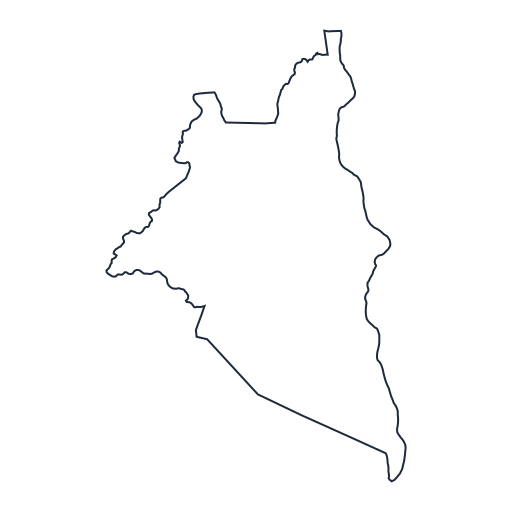 outline of Muquém do São Francisco, Bahia, Brazil
{"feature_id": "56859067B68849060485807", "entity_name": "Muquém do São Francisco", "entity_type": "district", "adm_level": 2, "iso_a3": "BRA", "parent_name": "Brazil", "parent_adm1": "Bahia", "projection": "natural_earth1", "projection_center": [-43.521, -12.213], "detail": "fine", "context": "isolated", "style": "outline", "palette": "slate", "viewbox_px": 512, "rotation_deg": 0, "n_neighbors": 0, "source": "geoboundaries", "source_scale": "gbopen_adm2", "svg_char_len": 6028}
<svg xmlns="http://www.w3.org/2000/svg" viewBox="0 0 512 512"><path d="M214.4,92.4L206.2,92.9L199.9,93.5L196.4,94.0L194.1,94.8L193.4,96.7L193.7,99.6L195.6,102.4L197.9,105.1L201.3,108.5L201.9,110.5L201.5,112.7L199.8,115.7L196.7,118.6L194.1,119.7L191.6,121.5L190.3,124.2L190.0,125.9L189.9,127.7L188.9,129.0L187.4,129.8L186.0,130.7L184.1,130.8L182.7,131.6L182.9,133.9L182.1,136.8L182.2,138.7L182.4,140.1L182.7,142.1L181.7,142.9L179.7,141.7L179.2,143.1L180.0,145.4L179.6,147.1L178.8,148.8L178.9,150.7L178.1,152.4L176.0,155.4L174.4,157.9L175.9,161.3L178.5,162.6L182.2,163.1L184.5,163.2L185.7,163.2L187.0,162.1L188.2,162.3L189.2,163.2L190.0,167.7L189.0,170.9L185.9,178.3L172.1,189.2L168.6,192.0L165.7,194.8L164.6,196.2L163.3,197.4L161.5,197.6L160.3,198.7L160.2,200.5L160.2,202.6L159.5,204.7L159.6,207.2L158.5,208.7L156.9,210.0L155.4,210.5L153.2,210.3L151.7,211.4L150.5,212.3L149.2,212.8L148.8,214.6L149.9,216.3L151.3,218.0L152.0,219.4L152.0,220.8L150.4,222.0L149.6,223.7L149.1,225.6L148.3,226.7L147.0,227.0L145.8,227.1L144.7,227.9L143.6,229.5L142.8,231.0L141.2,232.5L139.4,233.4L137.9,233.2L136.5,232.9L135.1,232.1L133.9,231.7L132.4,231.3L131.0,230.7L129.9,231.9L128.9,233.0L127.8,233.7L126.3,233.9L124.9,234.9L123.6,236.0L122.9,237.1L123.1,238.9L124.0,240.8L124.0,242.4L122.8,243.8L121.7,245.0L120.8,246.5L119.6,246.8L118.5,247.5L117.4,248.4L116.1,249.0L115.0,250.2L113.9,251.7L113.7,253.6L115.0,254.3L116.6,255.4L116.0,256.8L114.7,257.9L113.2,258.8L111.9,259.4L111.6,261.1L111.7,262.9L110.6,264.3L110.0,265.9L109.5,267.3L108.1,269.0L106.4,270.5L106.8,272.5L108.1,273.7L110.2,275.1L111.6,276.0L112.7,276.5L114.1,276.6L115.9,276.4L116.7,275.4L117.7,274.6L118.9,274.4L120.4,274.7L122.0,274.7L123.6,273.5L124.8,272.2L126.6,272.4L128.7,273.8L130.9,274.1L132.8,273.4L134.2,271.2L136.1,270.1L137.3,269.9L139.0,270.2L140.3,270.8L142.0,272.2L143.0,273.0L144.2,273.6L146.0,273.6L147.2,273.7L148.7,273.8L150.3,274.0L152.2,273.6L154.0,272.5L156.4,271.5L158.1,271.5L159.4,272.0L160.5,272.7L161.7,274.1L163.0,275.2L164.1,276.0L166.1,277.7L166.9,279.5L167.1,281.2L167.5,283.3L168.4,285.0L169.8,286.6L172.0,288.1L173.7,288.6L175.5,288.7L176.7,288.7L178.4,288.2L179.9,288.5L181.3,289.1L183.0,289.3L184.2,289.9L184.9,291.2L185.9,292.1L187.0,293.5L188.2,295.7L188.1,297.8L187.4,299.5L185.9,300.6L186.7,302.0L189.2,302.2L190.8,302.9L191.9,304.0L193.3,305.8L193.9,306.9L195.2,307.4L196.6,306.9L198.2,306.9L200.1,307.1L201.6,306.8L203.1,306.5L204.5,306.0L201.5,314.8L197.0,326.9L195.9,330.1L196.6,336.8L207.1,339.2L257.9,394.4L302.3,415.6L319.5,423.3L353.7,438.7L385.8,453.3L386.6,455.3L387.1,457.3L387.4,459.4L387.6,461.7L387.7,463.6L388.2,465.2L388.5,468.3L388.4,470.5L388.5,472.0L388.8,473.5L389.0,475.8L388.9,477.1L388.7,478.5L389.8,479.8L391.7,481.3L394.5,479.9L397.3,476.8L398.0,475.8L399.1,474.6L400.1,473.3L400.6,472.1L401.5,470.5L402.4,468.3L403.0,465.3L404.1,461.1L404.9,455.3L405.3,450.9L405.6,447.9L405.3,445.0L404.1,442.1L402.4,439.4L400.8,437.7L399.2,435.3L398.1,433.9L397.3,432.2L397.0,429.3L397.4,427.4L397.8,424.6L398.1,421.5L398.1,419.2L398.0,416.6L397.7,414.5L397.8,411.7L397.1,408.8L395.7,405.7L393.8,403.1L392.7,400.0L391.0,395.8L389.5,390.8L389.0,388.7L387.7,386.1L386.3,382.8L385.5,380.5L385.0,378.9L383.6,373.7L382.8,369.6L381.1,364.5L379.5,362.0L377.8,360.4L377.2,358.8L377.0,357.1L377.0,355.5L377.3,352.3L378.6,347.0L379.2,343.9L379.3,341.7L379.3,335.0L378.3,331.7L377.2,328.9L376.2,328.1L375.1,327.6L373.7,326.5L372.2,324.9L370.8,323.8L368.3,321.3L366.8,319.0L366.1,316.0L365.7,311.7L365.9,307.7L366.5,302.9L366.0,301.0L365.1,298.8L365.2,296.7L365.7,295.1L366.4,293.6L367.4,292.5L368.3,291.0L368.4,289.2L367.6,286.7L367.4,284.3L367.7,282.5L368.9,280.9L370.3,277.8L372.7,273.6L373.1,271.5L374.6,268.6L375.4,267.4L376.1,265.6L375.0,263.7L374.7,261.8L375.0,259.8L376.1,257.9L378.1,256.0L379.3,255.4L381.5,254.9L382.7,254.4L384.3,253.2L385.8,251.5L387.9,249.5L389.9,246.5L390.3,245.1L390.3,243.4L389.6,240.1L387.9,237.4L387.2,236.4L386.1,235.7L383.9,234.3L380.5,231.2L378.4,229.7L373.7,227.2L370.4,224.1L367.5,219.6L366.6,216.8L365.5,211.7L364.4,208.3L363.8,204.8L363.4,201.3L363.6,198.1L363.3,195.9L362.8,192.7L362.2,190.2L361.4,186.9L361.1,184.3L360.8,182.2L359.2,179.3L357.3,176.5L355.8,175.6L354.2,174.9L353.2,174.1L352.3,172.9L350.6,172.0L348.7,170.6L347.1,169.6L345.6,168.8L343.9,167.5L342.1,165.7L340.7,163.7L339.7,161.3L339.2,158.7L339.0,157.2L339.2,153.8L338.7,150.0L338.2,147.6L337.9,145.9L337.4,143.8L336.8,141.4L336.5,140.0L336.3,138.1L336.8,136.8L336.9,135.0L336.7,132.8L336.8,129.0L337.1,126.4L337.7,122.9L338.2,121.7L338.7,119.9L338.2,114.3L338.5,112.7L339.0,110.6L339.5,109.3L340.3,108.2L341.6,107.2L343.2,106.8L344.6,106.1L345.8,104.7L348.1,102.8L350.6,100.3L352.5,98.6L354.1,96.8L354.8,94.6L355.1,93.0L355.0,91.2L353.9,88.4L353.0,85.1L351.8,81.4L350.9,77.8L350.0,76.0L348.8,74.7L348.0,73.4L346.6,71.4L344.9,69.6L343.9,67.5L343.8,66.0L343.2,64.8L342.2,63.9L341.3,62.5L340.4,60.6L340.2,58.9L340.2,55.7L339.9,54.0L339.7,51.8L339.6,49.8L339.6,48.3L339.7,46.3L340.3,44.3L340.9,40.5L340.8,38.8L341.3,37.0L341.5,35.5L341.4,32.9L340.9,30.9L335.2,31.1L333.0,31.1L330.6,31.3L328.2,31.4L326.7,31.1L324.3,30.7L327.7,54.7L326.0,54.6L324.0,54.9L321.8,54.9L320.0,54.0L318.0,54.2L317.5,52.9L316.2,53.5L315.8,54.9L314.2,55.9L313.2,57.4L312.3,59.4L309.8,59.6L308.4,60.4L307.7,61.8L306.4,60.1L305.5,59.2L303.9,58.8L302.4,59.1L301.7,61.3L300.3,62.3L299.1,62.5L297.4,63.0L295.9,64.3L295.1,65.6L295.1,67.3L294.4,68.7L294.2,70.6L294.9,72.3L294.7,74.0L293.3,75.1L292.1,76.0L291.2,77.1L290.4,78.6L289.0,81.9L288.6,83.1L287.6,84.0L285.8,83.9L284.1,85.4L283.2,86.6L282.5,88.7L281.2,90.0L280.3,93.2L280.0,94.6L279.4,95.9L278.9,97.2L278.4,99.2L278.1,101.3L277.4,103.4L277.4,105.5L277.8,108.1L278.0,110.3L278.1,111.8L278.2,113.8L277.5,115.8L276.8,117.7L275.8,119.8L275.3,121.3L275.2,122.7L265.6,123.4L225.8,122.5L224.2,120.1L223.4,118.2L222.0,115.8L221.4,113.7L221.2,111.6L221.8,109.6L221.6,107.9L220.9,106.7L220.5,104.4L219.0,101.4L218.0,99.9L217.0,98.1L216.2,95.6L215.4,93.8L214.4,92.4Z" fill="none" stroke="#1e293b" stroke-width="2"/></svg>